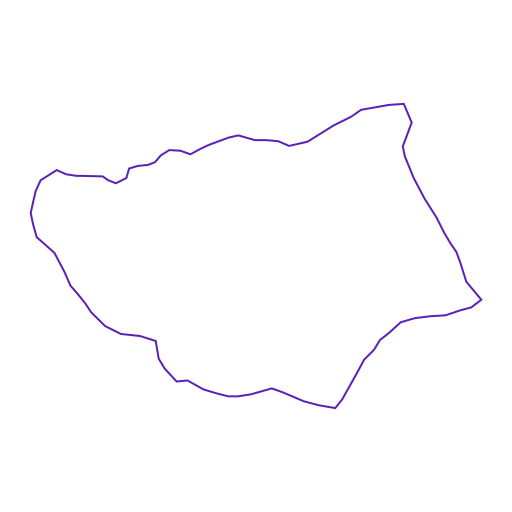 outline of Kornokipos, Cyprus, rotated 90°
{"feature_id": "46923920B14049283421613", "entity_name": "Kornokipos", "entity_type": "district", "adm_level": 2, "iso_a3": "CYP", "parent_name": "Cyprus", "parent_adm1": "", "projection": "mercator", "projection_center": [33.572, 35.273], "detail": "fine", "context": "isolated", "style": "outline", "palette": "violet", "viewbox_px": 512, "rotation_deg": 90, "n_neighbors": 0, "source": "geoboundaries", "source_scale": "gbopen_adm2", "svg_char_len": 1195}
<svg xmlns="http://www.w3.org/2000/svg" viewBox="0 0 512 512"><g transform="rotate(90 256 256)"><path d="M170.1,455.3L180.3,471.4L191.0,476.3L201.7,478.8L213.2,481.3L224.7,478.8L237.2,475.3L244.1,467.4L253.0,457.5L271.8,447.6L285.6,441.6L293.5,434.7L303.4,426.7L312.3,420.8L326.1,406.9L334.0,391.0L336.0,372.1L341.0,356.3L358.7,353.3L368.6,347.3L381.5,335.4L380.5,324.5L389.4,308.6L393.3,295.7L396.3,283.8L396.3,273.9L394.3,261.0L388.4,240.2L392.3,229.3L401.2,208.4L405.2,193.5L408.1,176.7L399.2,169.7L381.5,159.8L372.6,154.8L359.7,147.9L349.8,138.0L340.0,132.0L333.0,123.1L322.2,111.2L318.2,97.3L316.3,82.4L315.3,66.5L310.3,51.6L307.4,40.7L299.7,30.7L281.7,45.7L262.9,51.6L252.0,55.6L243.2,61.6L233.3,67.5L217.5,75.5L198.7,87.4L178.0,98.3L156.2,107.2L146.4,109.2L122.6,100.3L103.9,108.2L104.9,123.1L109.8,150.9L116.7,160.8L125.6,178.7L141.7,204.4L145.9,222.9L141.2,233.9L140.1,246.1L140.1,257.2L135.4,273.6L137.5,283.1L144.9,303.2L148.6,311.1L154.3,321.6L150.7,331.7L150.1,342.8L155.4,351.2L162.2,357.0L164.9,363.9L165.9,373.9L168.5,382.9L178.0,385.6L183.3,396.1L180.1,404.1L176.4,409.3L175.9,428.4L175.9,435.2L174.3,445.8L170.1,455.3Z" fill="none" stroke="#5b21b6" stroke-width="2"/></g></svg>